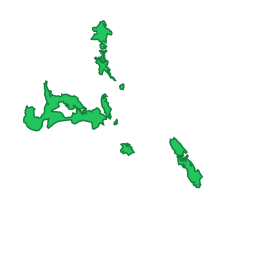 Nagasaki, Albers equal-area conic projection, rotated 131°
{"feature_id": "JPN-3500", "entity_name": "Nagasaki", "entity_type": "Prefecture", "adm_level": 1, "iso_a3": "JPN", "parent_name": "Japan", "parent_adm1": "", "projection": "albers", "projection_center": [129.432, 33.635], "detail": "fine", "context": "isolated", "style": "filled", "palette": "green", "viewbox_px": 256, "rotation_deg": 131, "n_neighbors": 0, "source": "natural_earth", "source_scale": "10m", "svg_char_len": 5954}
<svg xmlns="http://www.w3.org/2000/svg" viewBox="0 0 256 256"><g transform="rotate(131 128 128)"><path d="M180.3,187.9L180.3,189.2L179.2,190.4L177.4,190.9L176.3,192.1L173.1,193.9L174.4,194.5L176.7,196.8L179.7,196.5L183.2,193.9L187.9,193.7L190.3,195.4L192.7,200.9L193.0,204.9L191.2,208.7L192.0,210.1L190.6,211.9L187.9,213.3L185.2,213.4L184.5,214.0L184.6,214.9L184.2,215.6L182.9,215.9L182.5,216.9L180.1,217.6L178.9,218.5L177.7,218.5L178.3,217.5L178.0,216.2L175.0,214.3L174.9,210.6L176.8,210.4L179.4,207.9L180.9,206.2L180.7,204.6L179.2,203.7L178.9,203.1L179.4,201.9L178.5,201.1L176.3,200.9L174.7,201.4L172.3,200.9L170.2,201.8L167.9,204.0L164.8,205.1L163.3,205.4L162.5,203.6L161.8,204.2L162.2,205.3L158.5,210.9L157.8,212.5L155.0,214.5L153.9,214.5L153.3,216.6L149.9,219.5L149.7,220.3L148.2,219.7L146.6,220.7L146.1,219.7L149.7,217.3L152.0,212.5L152.2,211.2L151.9,210.7L151.1,211.2L150.7,210.0L152.8,208.9L153.4,209.8L154.2,209.2L155.2,207.1L152.6,207.4L152.6,206.1L151.1,203.0L149.3,201.4L148.7,199.4L147.5,199.0L145.9,200.1L145.1,198.3L143.4,197.2L142.6,195.8L141.3,191.5L140.0,189.9L139.0,189.6L138.5,187.0L138.6,185.0L139.6,184.1L140.1,182.9L140.0,180.3L140.6,179.8L140.8,177.2L142.1,175.0L144.9,176.3L146.0,178.0L146.0,179.2L147.1,178.2L147.8,179.0L146.3,181.5L146.1,182.9L146.5,184.0L147.3,183.6L148.3,181.6L150.6,182.3L152.5,185.0L151.8,186.5L151.9,189.9L151.3,190.6L150.5,187.7L149.9,187.7L150.1,190.8L151.1,191.7L151.4,193.1L150.4,194.1L154.2,197.2L155.9,196.0L156.9,194.0L164.6,196.9L165.7,196.6L160.4,189.3L160.3,186.8L161.6,183.6L161.4,181.8L156.7,177.7L152.5,179.4L152.4,177.7L150.6,176.5L148.9,178.1L147.9,178.2L146.9,177.5L145.9,174.4L147.1,174.7L146.8,172.3L147.8,171.9L147.7,171.1L146.9,171.1L145.5,172.6L145.1,169.4L144.2,169.1L144.3,170.9L143.8,173.5L142.1,173.2L141.0,174.4L140.7,172.2L142.3,171.8L142.5,170.8L141.6,169.3L140.0,168.4L140.0,166.7L139.5,166.0L138.9,166.5L137.4,166.3L135.4,164.9L133.6,164.9L132.7,163.6L133.6,159.6L135.5,158.6L134.1,155.3L134.7,151.0L135.6,150.1L137.6,152.0L139.4,151.7L141.5,148.5L141.9,149.3L141.7,151.7L143.5,152.5L146.6,151.5L151.2,152.9L151.7,154.4L148.1,158.1L147.7,158.9L147.8,159.9L151.8,167.0L155.3,169.3L159.4,170.6L160.2,171.7L160.6,173.8L159.2,175.6L159.9,177.2L167.7,184.2L169.7,185.4L172.9,186.6L180.3,187.9ZM125.4,42.3L127.2,44.3L126.3,48.0L125.0,51.5L121.8,54.3L120.2,56.9L120.5,59.3L118.9,61.0L118.7,62.3L119.9,61.9L121.2,60.5L121.2,61.1L120.5,62.9L120.8,64.3L122.2,65.6L121.7,66.8L120.6,67.4L119.4,69.5L117.6,70.1L116.2,69.7L114.9,68.0L116.0,67.2L117.7,67.8L117.8,65.3L116.9,64.9L115.6,66.4L114.8,66.4L115.1,62.8L113.6,64.4L114.0,65.9L113.5,66.3L112.4,65.2L110.7,65.6L109.4,65.3L109.8,64.2L111.6,64.1L112.5,63.5L112.6,60.3L112.2,58.6L112.8,57.8L113.9,57.9L115.3,56.2L115.1,55.6L114.0,56.8L113.1,57.0L112.8,56.0L114.8,51.0L116.4,49.7L116.3,49.1L115.1,47.5L113.8,47.9L113.7,46.7L114.7,45.2L116.2,39.9L120.1,40.1L122.3,37.5L123.5,37.3L123.0,36.6L123.3,35.8L124.4,35.9L125.3,35.3L126.3,35.3L127.9,37.4L127.6,38.6L126.6,39.5L127.9,40.0L128.0,40.9L127.4,42.3L125.4,42.3ZM83.4,211.5L85.1,213.9L84.9,214.2L81.9,214.1L78.9,214.9L78.8,213.8L77.1,213.3L76.2,213.8L75.6,215.1L77.3,217.0L76.9,219.1L75.6,220.3L74.3,219.6L72.9,217.6L67.6,217.7L66.8,218.6L63.0,216.6L63.3,215.1L64.8,211.9L65.3,211.7L65.8,214.8L66.9,211.9L66.9,209.2L66.1,206.7L66.7,205.2L66.1,203.8L67.5,201.9L68.9,201.9L70.4,205.3L76.2,202.5L76.6,201.5L78.3,200.5L78.5,203.5L80.8,204.0L81.3,205.5L80.8,208.9L83.4,211.5ZM115.4,71.9L115.7,70.6L117.5,70.7L117.8,71.3L117.5,72.0L116.3,72.6L115.7,73.8L116.2,76.3L115.1,77.2L114.3,77.2L114.6,78.0L114.2,81.4L113.3,82.5L112.7,85.0L111.9,85.5L111.7,86.3L110.7,87.5L109.8,87.5L108.7,88.5L108.4,87.7L106.5,86.2L105.2,86.9L105.1,83.4L105.7,81.4L105.5,79.2L105.9,76.4L106.5,75.8L107.2,68.7L107.8,67.6L109.1,67.7L109.3,68.3L109.0,70.7L111.7,69.5L112.7,69.5L112.2,68.2L113.0,68.1L114.6,69.5L114.6,71.2L115.4,71.9ZM99.6,184.2L100.4,184.7L104.8,182.7L105.8,184.5L105.3,186.1L103.8,186.8L102.4,188.6L101.0,188.8L99.7,190.2L99.0,192.6L99.6,194.1L99.4,195.6L97.3,195.3L96.9,196.4L97.4,197.2L97.1,199.0L95.7,198.7L95.8,197.0L95.3,195.1L95.4,192.2L95.9,191.0L94.8,189.0L90.9,187.7L91.1,186.6L93.9,184.9L95.0,186.0L96.4,185.0L95.5,183.2L96.0,179.7L97.2,179.4L97.4,181.5L98.6,181.2L98.3,178.3L98.7,176.6L99.9,176.0L100.2,174.4L99.5,172.3L100.4,168.7L101.0,169.4L100.4,172.6L101.5,173.7L99.9,178.5L99.6,184.2ZM132.9,147.5L133.4,151.4L131.9,154.0L130.9,155.1L131.7,155.8L129.9,157.3L129.9,158.2L129.0,158.9L129.1,160.2L128.4,161.9L125.0,166.0L122.5,167.7L119.9,168.5L117.4,167.6L118.0,164.7L118.8,165.9L120.5,167.3L121.6,167.1L122.1,166.4L120.5,165.5L120.0,164.6L120.3,163.3L121.2,162.4L122.8,162.6L122.2,161.2L122.1,159.3L124.3,157.4L124.7,153.0L128.5,152.1L129.5,150.0L130.5,151.2L131.7,150.2L130.6,149.3L130.7,148.0L132.9,147.5ZM148.8,115.9L150.5,116.6L150.5,117.8L149.4,119.0L145.9,119.1L145.0,120.9L144.9,122.5L144.1,122.2L141.7,119.8L142.0,118.5L141.2,118.0L140.2,118.6L139.5,116.0L142.4,117.2L142.4,116.6L140.4,115.0L140.2,112.3L141.7,112.3L141.4,110.8L142.5,107.4L143.4,108.3L148.2,109.7L147.8,111.6L148.1,113.4L150.3,114.8L148.8,115.4L148.8,115.9ZM85.0,198.9L85.6,201.1L83.7,203.6L82.6,203.6L80.6,202.5L80.3,201.6L80.5,197.6L81.9,197.9L83.1,200.6L82.3,197.5L82.7,197.2L85.0,198.9ZM94.4,191.9L94.4,195.7L94.1,196.4L93.7,196.4L93.6,195.6L92.9,194.9L91.1,195.2L90.0,194.2L89.8,192.0L92.1,192.7L90.9,190.4L91.3,189.3L93.1,189.7L93.9,190.4L94.4,191.9ZM102.4,157.1L103.4,159.2L103.4,159.8L101.8,161.7L100.0,161.5L98.8,160.6L98.0,160.6L98.1,159.8L99.0,158.6L101.9,157.0L102.4,157.1ZM89.0,194.1L89.3,196.9L89.0,197.9L88.3,198.5L88.7,199.4L88.3,200.2L88.0,200.2L87.9,199.4L86.6,198.7L86.8,198.0L86.5,197.5L84.8,195.6L83.8,195.7L83.7,195.1L84.4,194.4L85.7,194.8L87.2,196.2L87.2,194.9L87.8,195.3L88.5,193.6L89.0,194.1ZM132.9,140.3L134.2,140.1L134.4,140.7L132.8,142.0L130.8,141.4L130.1,142.0L129.1,142.0L129.4,141.2L131.9,139.1L132.6,139.1L132.9,140.3Z" fill="#22c55e" stroke="#15803d" stroke-width="1.5"/></g></svg>